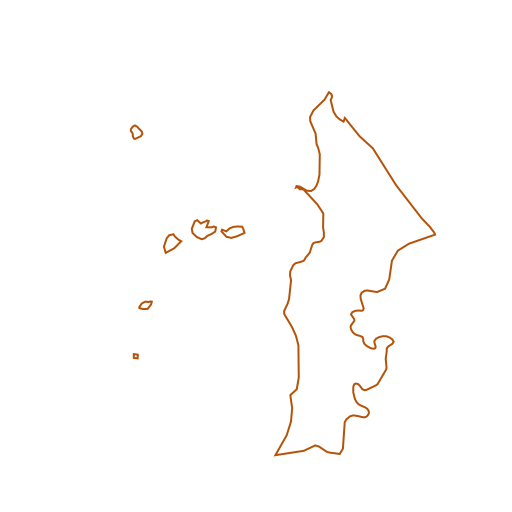 map outline of Messina (Equal Earth projection), rotated 291°
{"feature_id": "ITA-5411", "entity_name": "Messina", "entity_type": "Province", "adm_level": 1, "iso_a3": "ITA", "parent_name": "Italy", "parent_adm1": "", "projection": "equal_earth", "projection_center": [14.885, 38.306], "detail": "fine", "context": "isolated", "style": "outline", "palette": "amber", "viewbox_px": 512, "rotation_deg": 291, "n_neighbors": 0, "source": "natural_earth", "source_scale": "10m", "svg_char_len": 3095}
<svg xmlns="http://www.w3.org/2000/svg" viewBox="0 0 512 512"><g transform="rotate(291 256 256)"><path d="M77.0,345.5L99.7,348.9L113.9,348.0L126.9,344.3L138.4,337.9L146.2,341.8L157.8,339.5L187.8,327.6L195.8,321.9L202.7,314.9L211.9,303.2L214.6,302.0L222.6,302.6L227.6,302.3L246.0,297.4L249.4,295.1L251.7,294.1L254.1,293.5L260.9,294.1L263.3,295.4L267.7,301.3L269.3,302.6L272.2,302.9L278.4,305.0L286.2,304.5L288.6,305.0L289.6,306.1L292.1,310.2L293.4,311.6L298.1,312.6L302.3,310.9L306.5,308.5L319.8,303.6L326.1,294.9L335.2,276.4L334.4,273.9L334.0,273.2L334.3,272.4L335.2,269.8L334.3,268.8L335.8,268.8L336.5,272.1L335.2,279.9L336.3,284.0L339.3,286.3L343.3,287.2L347.6,287.3L354.7,286.1L373.8,279.1L379.2,275.3L382.1,272.5L391.6,267.8L401.3,258.3L405.1,256.7L412.6,257.5L426.4,263.9L435.0,265.4L434.2,268.2L432.8,269.6L430.9,270.0L428.4,269.8L418.6,276.6L415.2,280.9L413.6,285.0L412.8,289.6L416.7,289.5L404.9,309.8L398.4,326.5L372.3,361.4L350.5,397.3L345.8,407.4L341.6,414.2L340.1,415.5L322.3,394.4L311.8,386.5L300.3,384.6L281.8,388.8L271.7,388.2L265.7,381.9L263.7,372.2L262.3,369.7L259.4,367.7L256.5,367.7L253.5,369.1L245.8,375.2L244.1,375.5L243.2,374.9L242.6,373.9L241.9,371.4L240.4,368.3L238.0,366.0L235.5,365.6L232.2,370.4L230.7,371.0L225.2,369.5L223.5,369.8L221.9,370.8L220.5,372.3L219.2,374.2L218.5,376.3L218.3,378.5L218.6,380.9L218.6,384.3L217.1,385.8L214.9,386.7L212.9,388.6L212.2,390.2L211.6,391.9L211.1,395.6L211.2,397.6L211.7,399.3L212.7,400.4L214.3,400.2L217.7,397.5L219.1,397.0L221.9,397.8L224.5,400.1L226.6,403.2L227.8,406.6L227.8,409.8L227.0,413.1L225.4,415.2L223.0,414.8L218.6,411.7L216.4,411.2L213.9,412.2L206.6,413.9L198.7,417.8L196.7,418.2L179.9,415.4L178.2,414.3L170.6,407.1L169.6,405.4L169.8,403.0L172.1,399.4L173.0,397.4L172.8,395.1L171.6,393.8L169.8,393.6L167.9,394.0L163.5,395.7L158.2,399.4L155.9,401.9L154.5,404.4L154.0,406.8L153.8,412.4L153.2,414.6L152.1,416.3L150.6,417.4L148.9,417.7L147.1,417.4L145.5,416.6L144.3,415.2L143.7,413.1L143.0,407.9L142.1,404.0L140.0,401.2L135.8,398.9L132.6,398.4L107.2,406.2L101.2,405.1L98.8,395.0L98.6,392.2L100.7,382.9L100.4,379.2L91.3,370.5L77.0,345.5ZM254.2,201.8L252.2,199.3L252.5,193.9L254.7,188.6L258.4,186.3L266.4,186.4L268.4,188.3L266.6,192.9L268.2,194.3L270.3,196.7L271.6,197.5L271.6,199.4L265.1,199.4L266.4,203.2L267.2,204.7L268.4,206.0L268.4,208.4L264.2,209.2L260.7,206.7L257.6,203.5L254.2,201.8ZM243.4,177.8L243.0,180.9L233.9,176.9L226.6,170.6L231.7,166.7L240.5,166.3L244.3,167.5L246.7,171.2L245.5,172.6L244.8,174.1L243.4,177.8ZM268.4,214.9L268.4,219.5L272.4,221.5L275.1,224.5L277.0,228.3L278.4,232.6L276.3,234.8L273.4,237.0L267.8,231.4L264.1,226.6L263.3,221.6L266.6,214.9L268.4,214.9ZM331.8,94.3L333.4,95.1L334.5,96.3L334.1,98.9L332.9,101.0L332.2,103.0L331.0,105.0L329.3,106.2L326.5,105.5L321.9,101.1L321.9,99.9L323.6,98.2L325.9,97.1L327.1,95.7L327.9,94.3L329.5,93.8L331.8,94.3ZM173.7,169.0L174.6,172.3L175.9,174.0L176.0,175.1L173.1,175.4L167.8,173.8L165.9,169.6L165.6,165.7L166.5,165.4L170.8,166.4L173.7,169.0ZM118.0,182.2L117.1,178.4L120.6,177.1L121.5,181.0L118.0,182.2Z" fill="none" stroke="#b45309" stroke-width="2"/></g></svg>